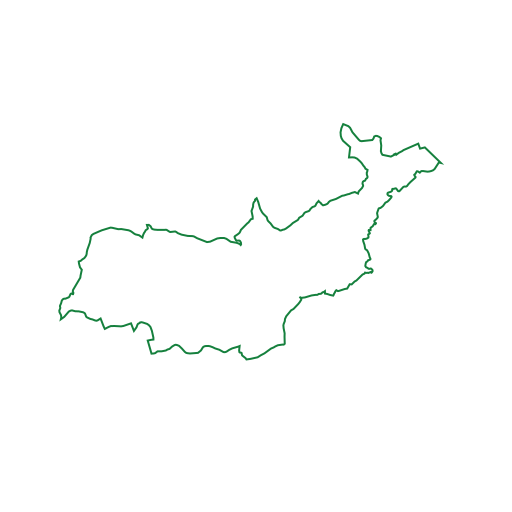 outline of Aldana, Nariño, Colombia, rotated 251°
{"feature_id": "7082276B17700118356894", "entity_name": "Aldana", "entity_type": "district", "adm_level": 2, "iso_a3": "COL", "parent_name": "Colombia", "parent_adm1": "Nariño", "projection": "orthographic", "projection_center": [-77.695, 0.907], "detail": "fine", "context": "isolated", "style": "outline", "palette": "green", "viewbox_px": 512, "rotation_deg": 251, "n_neighbors": 0, "source": "geoboundaries", "source_scale": "gbopen_adm2", "svg_char_len": 6105}
<svg xmlns="http://www.w3.org/2000/svg" viewBox="0 0 512 512"><g transform="rotate(251 256 256)"><path d="M283.8,461.1L303.7,451.0L304.1,446.1L309.4,446.0L308.1,429.9L307.6,428.4L307.1,424.8L306.1,421.6L307.3,421.4L307.2,420.2L307.1,419.6L306.6,419.6L306.1,415.9L310.5,408.5L312.3,408.1L314.4,408.2L319.7,410.4L324.9,411.4L326.6,412.5L328.4,411.4L330.0,409.7L330.6,408.4L330.5,406.7L328.7,405.2L327.8,403.7L330.2,393.2L330.9,392.0L332.4,391.1L341.5,387.5L346.6,386.7L348.7,385.6L352.3,381.4L349.1,378.4L345.4,376.2L342.0,375.3L339.5,375.2L336.6,375.8L328.2,380.5L318.9,376.0L317.9,379.3L317.0,381.3L315.1,383.3L311.4,385.3L309.3,386.2L306.6,386.9L304.5,387.7L302.9,387.9L301.1,389.5L299.5,388.6L298.8,387.9L297.9,387.6L296.9,387.3L294.8,387.3L293.9,386.9L293.4,386.1L293.2,385.1L291.9,383.8L291.7,383.4L291.8,382.4L291.5,381.4L291.0,380.9L289.6,380.2L288.2,380.3L287.4,380.1L285.8,378.4L283.6,374.1L281.8,372.8L284.3,370.3L284.3,369.9L284.5,367.2L284.3,364.2L284.5,362.9L284.6,358.8L284.9,357.1L283.9,350.2L284.0,344.3L283.4,342.5L282.3,340.9L282.1,340.2L281.9,338.4L282.1,335.9L283.8,334.8L285.2,334.4L286.7,333.3L287.6,333.1L286.1,330.4L284.2,328.5L283.9,327.5L283.9,325.3L282.7,322.7L281.6,321.4L281.3,320.4L281.3,317.2L281.0,315.9L278.9,313.1L278.1,309.3L276.7,307.7L276.4,307.1L275.2,301.6L273.8,298.5L272.2,293.3L271.9,291.4L272.1,289.9L272.0,287.9L272.3,287.1L274.4,285.5L276.7,282.6L278.1,281.6L282.0,280.4L285.0,278.9L286.3,278.6L289.2,278.8L294.0,276.4L295.7,275.9L299.5,275.3L306.3,275.7L310.4,275.4L309.7,273.5L308.5,273.1L307.8,271.8L307.0,270.9L305.3,269.9L303.6,269.3L300.0,266.4L294.5,265.7L292.3,265.0L292.4,263.1L290.2,259.9L289.7,258.4L285.6,250.2L284.1,248.9L283.2,247.8L282.5,245.9L281.6,242.5L281.2,242.0L280.1,241.8L277.5,242.2L276.7,242.9L276.4,244.2L275.9,245.4L275.3,245.8L273.6,246.1L271.9,245.7L271.4,245.1L272.6,244.5L274.0,243.0L274.9,241.8L277.7,236.7L281.9,233.6L283.4,231.7L284.6,228.3L285.2,225.1L284.5,217.3L285.1,214.2L292.0,206.1L294.6,203.8L295.4,202.6L297.2,198.0L300.4,192.6L303.1,189.5L304.6,188.5L305.5,187.6L306.6,182.8L307.0,182.2L309.8,180.0L310.2,179.2L310.6,177.6L312.9,171.1L314.0,168.6L314.9,167.2L315.8,166.4L318.5,166.0L320.3,164.8L320.9,163.0L317.4,162.8L316.8,162.1L316.3,160.1L315.2,159.0L314.2,157.6L312.6,156.1L310.4,154.6L313.7,152.2L315.6,149.2L316.5,148.3L319.7,146.1L320.7,145.2L321.8,143.9L325.3,137.5L326.2,134.5L329.5,129.2L330.2,127.7L330.5,118.7L330.3,115.7L329.8,109.5L329.2,107.5L327.2,105.5L326.2,105.3L322.4,103.0L316.9,98.6L314.8,97.3L313.2,96.6L312.0,95.8L311.1,94.8L309.9,93.0L309.3,90.6L308.5,88.7L308.5,86.6L306.6,86.2L302.6,85.9L299.7,86.8L294.7,83.8L292.7,82.8L283.5,72.0L282.4,71.3L280.5,71.3L279.5,70.6L279.7,70.1L280.6,69.5L280.6,68.7L280.3,68.1L278.3,66.3L277.9,65.4L277.7,61.9L278.1,60.7L278.1,59.9L277.9,59.2L277.1,57.9L274.7,56.3L272.9,54.6L272.3,54.3L270.8,54.1L270.2,53.8L268.5,52.3L266.9,51.9L263.5,52.4L261.3,51.9L259.7,50.9L260.9,54.9L264.4,60.9L264.7,62.8L264.5,64.3L262.6,67.1L261.4,70.3L259.1,74.2L257.9,75.3L257.1,75.6L253.9,75.7L252.9,76.3L250.4,78.9L249.3,80.7L247.4,82.9L246.7,84.2L246.7,85.3L247.5,88.7L239.2,89.0L236.3,89.3L236.9,93.6L237.0,96.0L235.8,99.6L233.4,105.5L233.2,106.7L233.0,107.9L233.0,115.9L224.9,116.2L227.4,119.7L229.8,121.7L230.3,122.5L230.5,124.2L230.9,124.7L230.7,126.1L230.0,127.3L227.2,131.0L225.3,132.3L223.2,133.1L219.1,133.2L212.2,132.4L210.4,131.8L210.9,129.4L211.3,126.1L197.7,125.4L197.1,127.7L197.0,129.1L197.9,131.8L196.6,135.8L196.0,140.0L196.4,141.8L196.3,144.0L197.7,147.2L198.3,150.0L198.2,151.2L197.5,152.4L196.1,154.0L192.6,155.8L188.5,157.5L187.8,158.0L187.1,158.5L186.3,159.8L185.3,161.9L183.3,169.6L184.6,173.2L187.0,176.1L187.4,177.6L187.3,178.9L186.4,181.8L185.6,183.2L183.8,185.4L181.9,187.3L179.3,190.8L175.8,193.9L175.3,194.9L175.1,196.0L175.2,197.2L176.0,200.2L176.4,203.5L176.1,209.7L176.2,211.2L172.2,209.3L170.5,209.0L170.1,209.2L169.3,210.6L169.0,210.8L166.9,210.5L166.2,210.7L162.8,212.9L161.3,213.3L160.5,217.4L159.7,224.6L160.6,228.3L161.2,232.3L163.6,240.1L163.8,243.0L164.2,244.7L164.5,247.6L163.6,252.3L163.2,253.3L163.3,253.8L163.7,254.6L170.4,256.7L173.6,257.9L178.7,258.6L181.5,259.3L182.8,260.1L185.0,262.0L187.0,262.9L189.2,265.0L193.2,271.5L193.7,274.2L196.9,280.4L198.2,282.4L199.9,284.5L200.5,284.8L201.5,284.7L203.2,283.8L202.2,284.6L201.6,285.5L200.9,288.8L200.6,295.8L199.8,299.9L199.3,301.4L199.7,303.0L199.3,304.3L199.2,305.5L200.0,307.1L199.8,308.2L200.3,309.7L198.0,309.0L196.9,311.0L195.0,313.4L193.4,316.1L193.7,316.5L195.1,317.7L195.8,318.7L196.6,319.3L197.5,320.8L196.2,321.9L196.0,322.7L195.9,329.2L195.5,331.6L198.8,335.4L198.0,337.2L199.8,341.0L200.1,342.9L203.8,350.7L204.0,352.8L204.8,353.7L204.2,354.6L203.7,356.3L203.4,356.6L203.5,359.4L203.3,359.5L202.8,359.5L202.6,359.7L202.8,360.2L203.5,361.1L203.9,361.4L205.2,361.5L206.8,360.5L207.0,358.8L207.4,358.2L208.4,357.6L209.5,356.4L211.0,356.1L213.2,357.3L214.3,358.1L214.7,359.7L215.5,360.6L215.4,362.5L215.8,363.2L216.2,363.3L217.8,363.1L221.7,363.4L224.1,363.1L225.4,362.8L226.6,361.8L227.4,361.6L231.3,362.2L235.1,362.2L236.8,362.6L237.0,363.5L236.5,365.1L236.4,366.5L236.8,368.2L237.4,368.6L239.7,369.0L239.9,369.2L240.1,370.5L240.4,371.0L241.1,371.0L242.1,370.8L243.2,370.7L243.8,371.1L243.2,372.7L245.1,373.4L245.4,373.6L246.1,376.0L247.7,377.9L247.2,379.1L247.7,380.0L248.0,380.1L248.4,379.6L249.4,379.2L250.3,379.2L250.8,379.5L251.6,381.6L252.7,383.5L253.3,383.9L257.0,384.4L257.9,385.0L260.9,387.4L261.1,388.0L260.9,389.3L261.7,391.7L262.1,392.6L264.3,395.7L264.6,398.0L265.5,400.0L267.3,403.0L268.0,403.5L268.5,403.4L269.6,401.3L270.8,400.5L271.8,400.4L272.7,401.0L272.9,401.6L272.8,404.3L273.2,405.6L273.6,406.1L274.8,406.5L275.0,406.9L274.6,408.3L274.6,409.8L274.2,410.5L271.1,411.5L270.6,412.3L270.7,412.9L273.3,417.7L273.4,418.9L272.8,420.4L273.0,421.6L274.2,423.3L275.6,426.0L278.2,432.2L278.7,432.6L280.7,432.0L281.3,432.1L281.8,433.4L283.7,435.6L283.4,436.5L281.5,438.0L282.3,439.5L282.4,440.2L281.9,441.7L279.9,445.6L279.5,447.3L279.3,449.3L279.4,451.3L280.1,453.2L284.7,459.1L284.7,459.7L283.8,461.1Z" fill="none" stroke="#15803d" stroke-width="2"/></g></svg>